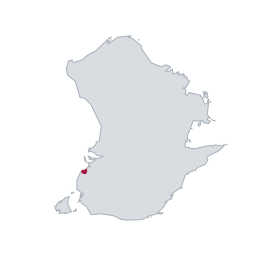 Kingston (SA), South Australia, Australia shown in context, rotated 75°
{"feature_id": "25037944B29779306176871", "entity_name": "Kingston (SA)", "entity_type": "district", "adm_level": 2, "iso_a3": "AUS", "parent_name": "Australia", "parent_adm1": "South Australia", "projection": "natural_earth1", "projection_center": [139.822, -36.641], "detail": "fine", "context": "in_parent", "style": "filled", "palette": "rose", "viewbox_px": 256, "rotation_deg": 75, "n_neighbors": 0, "source": "geoboundaries", "source_scale": "gbopen_adm2", "svg_char_len": 4263}
<svg xmlns="http://www.w3.org/2000/svg" viewBox="0 0 256 256"><g transform="rotate(75 128 128)"><path d="M173.6,46.7L176.3,59.7L179.6,59.1L183.4,63.0L184.0,70.9L186.2,73.7L186.7,81.1L188.3,84.9L199.1,92.1L203.3,103.8L204.5,104.4L204.7,102.3L207.1,104.5L207.5,103.4L208.4,109.4L209.7,111.2L212.8,113.0L218.6,123.1L218.2,129.8L220.2,137.9L216.7,153.0L214.4,158.5L208.9,164.7L203.7,177.0L202.2,186.2L193.2,188.4L188.6,192.4L185.8,192.7L186.6,195.0L182.3,191.7L182.9,190.9L182.6,190.1L181.9,190.1L180.4,191.5L179.3,190.6L181.1,189.3L180.1,188.2L174.2,193.2L165.0,190.8L157.8,184.7L157.6,179.9L154.2,175.6L155.7,175.8L155.6,174.5L150.8,175.8L152.2,172.6L150.3,167.9L148.6,173.2L145.0,173.8L145.6,172.0L147.3,172.0L149.6,164.7L148.9,159.2L146.5,165.0L143.0,167.2L140.6,170.6L141.0,172.3L139.6,172.1L137.2,170.2L138.7,170.2L137.6,166.8L135.3,162.9L133.5,162.4L133.1,159.1L119.2,153.3L96.0,157.7L88.7,161.6L85.7,166.5L69.5,166.8L61.1,172.7L55.1,172.4L48.1,168.4L47.8,164.3L49.5,165.0L50.7,162.6L50.3,154.4L47.1,148.2L45.6,140.4L37.1,124.3L40.1,126.0L38.1,121.1L39.5,124.0L41.8,124.9L37.6,114.7L39.7,100.8L40.4,104.1L42.8,100.5L51.7,94.1L55.0,94.4L71.3,88.4L77.3,80.2L76.8,74.9L80.0,71.1L82.8,77.0L84.2,73.7L82.4,71.4L82.9,69.9L88.3,70.9L86.6,70.3L87.7,68.0L86.7,66.0L89.5,65.7L88.5,64.2L90.9,63.9L90.0,61.7L92.0,59.2L92.2,60.7L93.9,60.5L94.0,57.7L96.4,58.7L97.9,56.4L100.5,58.0L104.0,61.9L103.5,65.1L105.8,62.0L110.7,64.0L111.7,62.3L109.5,60.0L115.2,49.3L116.3,50.0L118.3,47.3L119.0,48.5L124.9,47.6L124.7,45.0L120.7,43.2L121.3,42.5L135.7,48.0L139.8,46.0L138.8,48.1L140.6,49.3L142.7,46.7L144.6,48.9L142.4,53.6L139.9,54.1L140.0,57.5L137.7,62.9L150.7,72.6L154.2,73.6L155.3,76.0L161.2,77.6L165.4,69.1L165.7,56.7L166.3,52.1L167.8,51.0L166.7,48.9L170.3,39.9L173.6,46.7ZM179.1,203.3L186.0,205.9L194.2,204.3L194.5,211.6L194.0,210.3L193.1,211.9L192.8,216.7L189.9,214.7L188.0,219.1L184.5,218.8L185.2,217.6L182.2,215.5L181.0,211.7L182.4,212.4L179.3,207.2L179.1,203.3ZM114.0,42.6L118.1,42.6L119.4,43.9L116.7,46.6L114.0,42.6ZM143.6,177.3L150.5,177.1L147.6,178.3L143.6,177.3ZM143.6,56.8L144.4,59.4L141.8,59.0L142.2,57.1L143.6,56.8ZM218.2,121.9L218.1,118.9L219.2,116.3L219.6,118.2L218.2,121.9ZM192.4,198.9L194.7,199.6L194.7,200.6L192.4,198.9ZM113.6,43.4L115.1,46.0L112.4,45.8L113.6,43.4ZM176.7,199.4L175.4,199.1L176.1,197.4L176.7,199.4ZM157.4,71.5L156.2,72.3L154.9,72.8L155.6,71.3L157.4,71.5ZM37.0,123.6L36.0,122.1L35.8,120.7L36.0,120.6L37.0,123.6ZM194.2,201.6L195.1,202.3L193.4,201.7L194.2,201.6ZM209.2,109.8L210.2,109.8L210.1,111.1L209.2,109.8ZM187.0,81.0L188.1,81.8L187.9,82.3L187.0,81.0ZM189.8,217.4L189.9,218.5L189.0,218.2L189.8,217.4ZM219.6,131.0L219.6,132.6L219.6,131.0ZM124.5,42.4L123.8,41.7L124.2,41.4L124.5,42.4ZM143.6,42.6L142.6,43.9L143.8,41.6L143.6,42.6ZM219.8,128.9L219.3,129.5L219.6,128.9L219.8,128.9ZM145.2,66.9L144.7,67.2L145.0,66.5L145.2,66.9ZM141.5,56.7L140.8,56.8L141.2,56.0L141.5,56.7ZM45.9,94.2L45.7,95.2L45.4,95.2L45.9,94.2ZM169.1,39.3L169.1,40.2L168.8,39.6L169.1,39.3ZM181.9,190.5L182.0,191.1L181.8,190.9L181.9,190.5ZM142.4,44.3L141.0,45.2L142.4,44.1L142.4,44.3ZM90.1,60.4L89.6,61.1L89.9,60.3L90.1,60.4ZM190.3,216.5L189.9,216.7L190.1,216.3L190.3,216.5ZM156.8,74.7L156.1,74.7L156.5,74.1L156.8,74.7ZM87.4,65.2L87.0,65.6L87.0,64.7L87.4,65.2ZM193.7,214.0L193.1,214.3L193.3,213.7L193.7,214.0ZM169.6,36.9L169.5,37.5L169.1,37.2L169.6,36.9ZM181.5,191.3L182.1,191.8L181.1,191.7L181.5,191.3ZM200.4,92.0L199.9,92.1L200.1,91.4L200.4,92.0ZM204.3,102.2L204.0,102.2L204.3,101.7L204.3,102.2ZM179.4,202.4L179.3,202.8L179.1,202.3L179.4,202.4Z" fill="#d9dde1" stroke="#a8b0b8" stroke-width="1"/><path d="M157.3,179.3L157.4,179.5L157.5,179.5L157.6,179.8L157.6,180.0L157.8,180.2L157.8,180.3L157.9,180.5L158.0,180.8L158.0,181.0L158.1,181.3L158.1,181.5L158.2,181.8L158.2,182.0L158.1,182.3L158.1,182.5L157.9,182.7L157.9,182.8L157.7,182.8L157.6,183.0L157.4,183.0L157.5,183.0L157.4,183.0L157.5,183.3L157.6,183.5L158.0,183.5L158.4,183.5L158.6,183.5L159.2,183.5L159.2,183.4L159.2,182.8L159.9,182.8L159.9,182.7L159.9,181.7L160.4,181.7L160.5,181.7L160.7,181.3L160.7,181.0L160.7,180.8L160.7,180.4L160.4,180.4L160.0,180.4L159.9,180.4L159.5,180.4L159.2,180.4L159.0,180.1L159.0,179.6L159.0,179.3L158.8,179.3L158.7,179.3L157.3,179.3Z" fill="#f43f5e" stroke="#9f1239" stroke-width="1.5"/></g></svg>